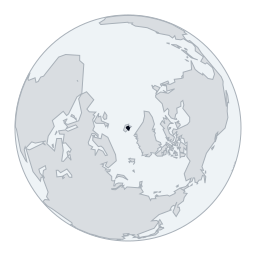 globe centered on Norðurland vestra, rotated 149°
{"feature_id": "ISL-697", "entity_name": "Norðurland vestra", "entity_type": "Region", "adm_level": 1, "iso_a3": "ISL", "parent_name": "Iceland", "parent_adm1": "", "projection": "orthographic", "projection_center": [-19.727, 65.454], "detail": "fine", "context": "on_globe", "style": "filled", "palette": "ink", "viewbox_px": 256, "rotation_deg": 149, "n_neighbors": 0, "source": "natural_earth", "source_scale": "10m", "svg_char_len": 10709}
<svg xmlns="http://www.w3.org/2000/svg" viewBox="0 0 256 256"><g transform="rotate(149 128 128)"><circle cx="128" cy="128" r="113" fill="#eef3f6" stroke="#a8b0b8"/><path d="M36.8,194.1L29.6,181.6L30.5,181.3L29.3,178.2L33.3,179.9L33.0,174.3L31.8,171.6L30.1,171.2L26.7,161.1L26.5,155.0L21.7,123.9L22.4,119.1L24.4,116.0L32.6,95.7L24.5,110.1L25.8,104.4L28.7,97.8L29.4,98.7L34.4,91.2L37.0,85.5L44.9,77.9L55.4,75.5L53.2,78.2L56.0,77.4L59.0,74.1L60.2,72.0L73.8,66.0L84.5,56.8L85.1,52.7L87.1,54.7L86.4,46.2L90.4,41.1L87.6,47.7L88.6,49.0L92.1,45.9L93.9,46.7L96.7,45.6L98.5,46.9L96.7,50.8L97.8,51.7L100.3,49.5L103.7,49.4L99.9,52.5L105.4,52.8L103.4,59.8L91.8,67.7L92.3,73.1L84.7,85.4L87.0,85.4L85.6,90.3L87.8,92.3L85.7,94.1L89.2,94.1L90.7,92.0L92.7,91.3L94.1,92.3L91.7,94.8L90.7,94.7L90.7,96.0L89.0,96.8L90.6,97.0L87.6,100.0L92.7,98.5L92.0,102.2L89.4,103.8L87.1,101.6L75.2,100.4L71.9,101.6L69.6,105.4L70.9,116.6L68.3,118.9L66.8,123.4L69.4,123.0L71.5,119.4L76.0,119.9L78.1,115.5L80.2,115.1L83.4,111.5L85.8,114.3L86.3,119.0L83.8,122.2L84.0,124.4L88.7,123.3L86.2,131.2L88.4,140.1L87.4,141.9L81.4,142.0L75.6,137.0L67.8,137.6L75.7,139.6L73.2,144.5L73.9,146.4L75.7,147.6L77.8,146.7L77.6,148.9L69.6,147.7L69.8,145.6L72.3,146.0L69.5,143.7L64.1,143.2L63.3,145.9L56.1,142.7L55.4,144.6L53.4,145.1L55.1,142.2L52.0,147.4L43.5,145.2L39.2,153.5L40.3,143.6L38.8,139.3L36.6,135.0L35.8,136.3L33.9,129.2L30.3,126.0L26.1,129.6L24.5,136.1L26.8,143.3L28.8,143.1L31.3,147.6L26.7,150.2L30.6,159.5L28.6,162.9L29.3,167.4L32.0,170.9L34.5,176.0L37.3,176.4L41.3,179.5L40.4,183.0L43.4,182.2L45.1,186.2L53.7,193.9L52.8,194.1L59.9,204.1L69.2,211.6L71.3,215.1L70.0,215.7L73.6,217.9L73.6,218.7L89.1,226.4L98.0,230.7L98.5,232.9L92.4,233.0L90.2,234.1L87.3,233.0L79.9,229.8L72.7,226.1L65.8,221.9L59.2,217.2L53.0,212.0L47.2,206.4L41.7,200.4L36.8,194.1ZM53.9,43.2L54.8,42.5L53.0,44.0L53.9,43.2ZM56.1,41.4L55.7,41.8L56.2,41.3L56.1,41.4ZM57.1,40.6L56.4,41.2L57.1,40.6L57.1,40.6ZM58.3,39.6L57.7,40.1L58.3,39.6ZM37.5,155.5L42.0,167.7L38.1,163.1L39.1,163.5L38.2,159.9L36.1,154.3L33.1,150.4L37.5,155.5ZM60.4,38.0L61.0,37.6L60.5,38.0L60.4,38.0ZM42.5,155.5L41.6,153.7L42.7,155.2L42.5,155.5ZM60.5,71.1L58.8,73.9L55.5,76.8L56.7,74.3L60.5,71.1ZM67.1,66.1L66.8,67.6L63.7,68.1L64.8,67.1L67.1,66.1ZM85.1,49.6L83.4,51.5L84.5,49.4L85.1,49.6ZM96.7,45.3L96.7,44.6L98.1,44.4L96.7,45.3ZM81.9,110.3L82.7,110.9L81.7,111.2L81.9,110.3ZM82.6,108.1L81.0,108.1L81.1,107.1L82.1,107.1L82.6,108.1ZM102.3,46.1L104.6,46.1L101.9,46.7L102.3,46.1ZM84.7,108.5L81.4,105.3L81.6,103.6L85.7,102.4L84.7,108.5ZM105.8,46.5L111.6,46.5L111.9,44.8L114.4,49.7L108.6,48.0L105.2,49.1L106.6,47.6L105.8,46.5ZM90.5,90.9L89.0,93.2L89.0,90.4L90.5,90.9ZM90.0,89.3L86.9,82.1L89.7,79.4L90.2,82.3L92.9,78.2L95.8,80.4L95.0,83.2L92.6,84.5L95.5,84.3L90.0,89.3ZM114.8,52.5L115.9,53.1L114.4,53.2L114.8,52.5ZM93.5,90.8L92.6,89.6L95.0,87.1L97.2,89.2L95.7,89.3L93.5,90.8ZM92.1,76.0L94.3,74.6L97.3,76.0L98.6,75.7L96.1,80.2L92.1,76.0ZM95.9,90.4L98.3,90.3L98.4,92.4L94.5,91.9L95.9,90.4ZM94.7,85.6L96.0,84.6L96.0,85.8L94.7,85.6ZM100.3,100.0L99.1,98.4L100.3,97.0L100.3,100.0ZM99.2,90.2L99.1,89.5L99.4,88.8L101.0,89.2L99.2,90.2ZM98.4,80.9L99.2,81.8L99.5,79.1L101.8,80.1L99.7,83.0L101.6,82.2L102.3,82.5L99.8,84.5L98.4,80.9ZM103.6,87.5L101.8,91.6L103.6,94.8L102.6,96.1L99.9,90.8L103.6,87.5ZM101.6,85.5L102.6,87.0L100.9,87.9L99.1,87.4L101.6,85.5ZM104.1,79.8L101.1,77.5L101.7,77.0L104.1,79.8ZM104.5,88.2L104.9,87.2L104.8,88.3L104.5,88.2ZM104.6,82.2L103.5,81.4L104.1,80.8L104.6,82.2ZM106.7,85.9L106.1,87.2L104.8,86.9L106.7,85.9ZM106.0,84.1L107.1,83.4L104.8,86.0L105.4,83.8L106.0,84.1ZM105.4,81.7L105.4,81.1L105.7,82.2L105.4,81.7ZM111.7,86.4L108.9,89.7L106.2,89.0L109.2,85.8L111.7,86.4ZM222.7,66.9L223.1,67.6L223.4,68.2L225.0,70.7L224.1,70.0L227.0,75.2L225.7,73.7L224.9,75.8L228.4,83.5L234.7,98.0L237.3,102.8L238.7,108.7L236.1,109.5L232.8,107.0L233.2,111.0L229.5,114.2L226.9,128.2L225.3,128.4L225.1,131.7L222.3,135.2L219.4,135.0L218.3,138.3L225.6,138.6L226.7,135.1L225.9,129.3L227.9,130.5L230.5,127.5L231.9,139.5L226.1,162.8L223.6,160.0L208.8,158.7L208.1,156.7L207.7,156.4L208.4,160.1L205.1,159.2L215.2,162.8L217.7,165.7L226.1,163.3L225.8,164.9L227.9,163.2L232.1,151.1L232.5,152.5L231.8,163.7L224.2,184.5L224.0,186.8L223.2,188.3L218.1,195.6L212.4,202.6L206.3,209.0L199.6,215.0L192.5,220.4L184.9,225.2L184.2,225.2L188.6,221.5L188.6,220.0L181.8,218.9L183.4,214.5L181.1,214.1L176.6,216.6L173.6,215.9L170.7,217.1L150.9,224.5L143.6,223.1L132.0,215.1L134.7,210.7L133.0,205.5L149.8,181.4L155.8,180.9L171.7,170.7L174.2,170.3L174.9,175.7L189.0,173.4L190.4,167.3L200.6,162.1L205.6,156.2L202.8,146.2L194.5,155.7L190.4,153.3L195.0,142.2L201.9,133.8L200.6,132.6L194.1,134.7L193.4,129.6L191.5,135.1L193.9,135.2L192.8,138.7L190.6,138.9L190.4,137.0L187.7,138.8L189.1,147.4L191.6,148.4L185.9,155.5L189.7,158.0L188.9,161.3L182.3,158.4L181.2,156.1L170.7,154.6L171.2,157.6L181.2,159.3L179.1,160.3L180.0,164.7L177.6,162.0L166.6,159.6L159.9,165.0L155.3,178.4L150.6,180.9L144.9,180.4L142.8,169.8L153.5,165.4L152.9,161.8L147.4,158.2L151.1,157.2L150.2,155.3L154.0,153.4L156.0,146.6L159.3,144.2L157.0,137.7L158.3,135.7L159.3,140.1L161.8,141.9L169.6,136.0L170.2,133.7L168.0,130.0L170.5,129.0L167.4,126.2L170.4,121.2L164.2,125.0L161.5,121.0L161.6,116.0L159.6,115.4L159.5,123.6L160.4,126.3L163.0,127.4L164.6,135.6L162.6,138.5L156.7,132.7L153.2,136.3L150.1,130.4L152.4,111.6L155.0,105.9L165.7,104.0L166.9,107.3L163.6,109.6L169.5,110.8L167.7,109.1L169.7,108.2L167.6,104.4L169.0,103.7L164.7,101.3L166.1,100.0L168.8,101.5L166.9,94.9L169.0,91.3L168.0,90.2L166.2,90.0L170.0,85.8L169.1,85.1L167.5,86.3L164.5,85.8L160.9,83.4L162.4,82.1L163.9,82.8L169.4,82.3L173.2,84.4L173.5,83.6L170.5,81.5L163.8,82.0L161.2,81.0L164.2,80.2L162.9,80.4L162.0,79.5L162.6,77.3L159.2,78.0L147.9,70.0L147.9,65.3L151.8,65.4L145.5,58.9L146.0,54.3L144.5,55.3L140.5,53.1L140.3,54.5L139.3,54.9L128.8,50.2L127.5,48.2L121.4,47.7L120.6,48.2L121.2,49.7L114.4,49.7L111.9,44.8L113.8,43.7L111.0,41.5L115.6,39.5L118.1,36.9L124.8,36.2L126.2,34.3L124.9,33.7L125.9,30.8L132.3,27.3L132.7,32.9L124.2,39.4L128.1,36.9L128.9,38.3L131.3,38.0L134.0,36.3L133.3,35.5L146.0,37.8L155.6,36.2L150.9,33.9L150.3,31.6L157.2,28.6L174.8,31.8L174.2,29.5L175.7,29.4L179.7,31.3L177.6,31.5L179.5,33.5L177.8,33.5L183.4,36.8L181.1,36.9L186.7,39.6L187.1,38.5L182.9,35.4L188.7,37.9L187.5,35.1L189.9,35.3L200.6,42.4L207.7,49.0L208.7,49.8L210.2,51.8L214.2,56.0L213.6,54.8L222.7,66.9ZM146.9,193.5L147.1,195.3L146.9,193.5ZM211.3,128.7L214.1,122.7L209.3,120.5L210.0,118.1L208.1,118.3L208.9,120.4L203.8,120.3L203.7,116.1L201.6,114.6L200.5,116.6L201.5,124.3L208.8,124.4L209.7,127.8L211.3,128.7ZM54.0,194.1L54.9,195.7L53.5,194.5L54.0,194.1ZM36.9,164.0L38.2,165.9L38.6,167.5L37.5,166.2L36.9,164.0ZM49.4,178.9L51.2,181.1L49.0,179.5L49.4,178.9ZM42.9,169.4L47.9,177.3L43.8,174.4L40.7,169.4L43.2,172.0L42.9,169.4ZM40.5,157.0L41.1,158.4L40.5,158.8L40.5,157.0ZM43.3,156.6L42.9,156.2L42.9,155.0L43.3,156.6ZM73.6,144.6L74.2,144.8L75.8,146.3L74.5,146.3L73.6,144.6ZM86.2,149.2L85.5,152.7L85.1,150.1L83.1,150.7L79.8,146.1L86.8,142.7L84.2,145.0L86.2,149.2ZM77.3,139.2L78.6,142.4L76.9,139.1L77.3,139.2ZM141.6,146.9L143.9,147.5L144.0,150.3L139.8,153.6L139.6,149.7L141.6,146.9ZM147.1,147.8L142.5,141.4L144.9,139.1L144.3,141.4L146.4,140.6L146.0,144.2L152.9,148.5L153.4,151.2L145.4,155.8L147.7,152.7L145.3,152.2L147.1,147.8ZM126.3,130.0L124.3,127.6L132.1,125.9L133.0,128.4L128.9,131.8L125.4,130.9L126.3,130.0ZM92.4,107.1L91.1,106.5L91.8,105.7L93.4,105.6L92.4,107.1ZM99.6,99.4L98.6,109.0L97.1,108.8L98.3,114.8L94.8,116.6L94.2,112.6L92.4,118.6L90.4,115.7L89.6,119.9L88.5,110.8L86.6,108.5L90.0,110.3L93.3,108.7L94.1,107.3L95.2,101.8L92.8,96.3L95.6,93.9L98.3,93.7L99.3,94.6L97.1,95.8L100.0,96.3L97.7,98.8L99.6,99.4ZM127.7,94.6L124.8,95.2L130.2,97.1L127.9,99.4L128.7,99.5L128.0,102.1L128.6,105.5L127.1,106.2L127.9,107.2L127.5,109.0L128.2,110.7L125.8,112.5L126.5,114.8L125.0,114.4L126.7,117.8L124.4,116.1L123.6,118.4L126.2,118.8L111.9,125.4L107.7,129.7L105.5,134.2L101.8,131.0L101.6,124.7L103.4,117.7L108.0,114.1L105.5,113.4L107.0,111.5L108.3,112.9L107.1,109.6L108.7,108.5L110.3,102.6L107.6,98.8L108.1,96.7L110.0,97.6L109.2,94.8L113.1,95.1L113.6,93.6L117.8,92.4L121.1,95.2L121.4,93.3L124.7,92.4L127.7,94.6ZM112.9,86.2L117.4,88.8L118.3,91.3L110.5,92.3L109.5,93.6L104.5,94.5L103.3,90.8L104.8,90.9L106.0,90.1L105.9,91.6L106.9,89.8L109.1,89.9L110.4,88.6L111.5,89.8L112.9,86.2ZM175.3,167.2L176.9,166.5L179.1,164.8L179.6,167.6L175.3,167.2ZM167.8,165.7L169.0,164.6L170.9,167.6L169.2,168.5L167.8,165.7ZM168.1,161.5L168.9,164.3L167.5,163.3L168.1,161.5ZM160.3,138.9L161.4,137.6L162.1,138.2L162.2,140.0L160.3,138.9ZM143.4,101.2L141.6,101.0L141.5,100.2L138.2,97.9L139.6,96.1L142.2,96.8L143.4,101.2ZM202.3,149.3L201.8,152.6L200.6,152.7L201.0,151.6L202.3,149.3ZM190.9,161.1L194.2,159.6L191.0,161.9L190.9,161.1ZM144.5,98.8L142.9,98.0L144.6,97.6L144.5,98.8ZM140.5,94.7L142.3,93.9L139.4,95.6L140.5,94.7ZM237.3,102.7L237.7,102.7L238.3,105.3L237.3,102.7ZM209.7,50.5L211.7,52.8L211.3,52.5L208.4,49.4L209.7,50.5ZM191.8,35.8L193.5,36.6L194.5,37.2L194.6,37.5L191.8,35.8ZM154.8,83.4L157.8,88.6L161.0,91.4L164.3,91.3L160.9,93.7L156.1,89.5L154.8,83.4ZM148.6,71.8L145.7,72.0L146.0,70.6L146.7,70.3L148.6,71.8ZM147.5,72.9L145.7,75.7L143.4,75.0L145.3,72.9L147.5,72.9ZM145.2,87.1L146.0,88.8L144.6,89.0L145.2,87.1ZM171.4,26.1L170.9,26.4L168.3,25.3L169.4,25.4L171.4,26.1ZM159.5,22.3L167.5,25.1L173.7,27.7L172.7,26.9L175.7,27.5L176.3,28.8L170.6,26.9L166.2,25.0L163.8,24.9L159.5,23.8L157.8,24.6L155.4,24.3L155.5,23.1L159.5,22.3ZM157.3,25.1L152.8,26.5L148.8,24.5L148.9,23.8L152.6,23.9L154.5,24.9L157.3,25.1ZM150.5,26.3L152.3,27.3L149.5,32.4L147.9,33.1L147.9,27.9L149.6,28.7L151.0,27.8L150.5,26.3ZM116.5,52.2L115.9,53.0L115.5,52.1L116.5,52.2ZM139.2,55.7L137.8,56.0L137.3,54.9L139.2,55.7ZM133.5,56.3L135.0,57.3L132.8,56.8L133.5,56.3ZM138.6,59.7L135.4,58.0L139.3,58.8L138.6,59.7Z" fill="#d9dde1" stroke="#a8b0b8" stroke-width="1"/><path d="M126.9,128.5L126.9,128.4L126.9,128.2L127.0,128.1L127.0,127.9L127.0,127.7L127.3,127.6L127.3,127.8L127.3,127.7L127.3,127.8L127.4,127.7L127.5,127.7L127.5,127.8L127.5,127.7L127.6,127.4L127.5,127.2L127.5,126.9L127.4,126.9L127.5,126.8L127.4,126.8L127.5,126.7L127.8,126.8L127.8,127.0L128.0,127.2L128.0,127.3L128.2,127.5L128.2,127.4L128.3,127.4L128.3,127.2L128.2,127.2L128.2,126.9L128.3,126.9L128.2,126.9L128.3,126.8L128.4,126.7L128.4,126.8L128.5,126.8L128.5,126.7L128.5,126.8L128.5,126.7L128.6,126.8L128.7,127.0L128.6,127.3L128.7,127.5L128.8,127.5L128.7,127.5L128.7,127.8L128.8,127.8L128.8,128.0L128.9,128.3L129.0,128.3L129.1,128.5L129.1,128.8L129.1,129.0L128.7,129.2L128.5,129.3L128.3,129.3L128.1,129.4L127.8,129.3L127.8,129.2L127.7,129.0L127.4,129.0L127.2,129.1L127.0,128.9L126.9,128.9L126.9,128.7L126.9,128.5Z" fill="#0f172a" stroke="#020617" stroke-width="1.5"/></g></svg>